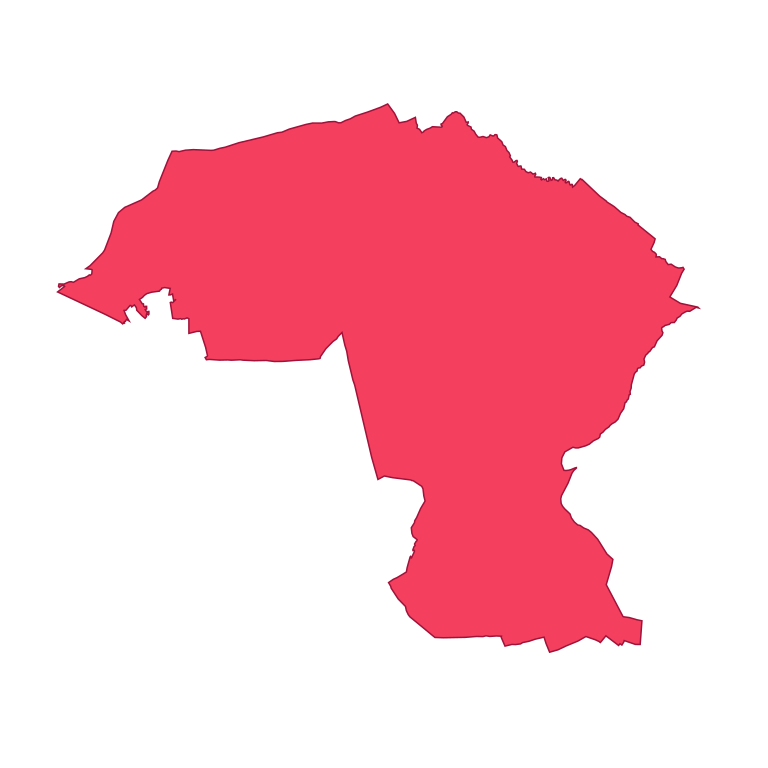 Secas, Arad, Romania, rotated 266°
{"feature_id": "2599482B87304123778609", "entity_name": "Secas", "entity_type": "district", "adm_level": 2, "iso_a3": "ROU", "parent_name": "Romania", "parent_adm1": "Arad", "projection": "orthographic", "projection_center": [21.803, 45.915], "detail": "fine", "context": "isolated", "style": "filled", "palette": "rose", "viewbox_px": 768, "rotation_deg": 266, "n_neighbors": 0, "source": "geoboundaries", "source_scale": "gbopen_adm2", "svg_char_len": 6152}
<svg xmlns="http://www.w3.org/2000/svg" viewBox="0 0 768 768"><g transform="rotate(266 384 384)"><path d="M575.1,594.1L568.8,588.1L567.3,585.9L569.9,585.7L570.1,585.3L569.5,583.9L569.8,583.4L573.1,582.6L573.3,582.0L572.0,580.0L572.1,579.1L572.9,578.8L574.1,579.8L575.3,579.5L575.5,578.9L574.6,577.0L576.9,575.7L576.9,575.0L575.9,573.3L574.3,571.8L575.3,570.8L575.8,568.7L578.0,567.6L578.0,566.7L576.0,566.2L575.5,564.9L578.4,563.9L578.7,563.0L578.4,562.2L575.5,562.8L574.9,562.3L574.8,561.5L575.1,560.6L577.3,560.2L576.6,558.5L577.7,557.3L576.6,555.4L577.2,554.8L579.0,555.4L579.6,553.1L580.0,549.0L580.9,548.9L582.6,550.0L583.7,549.7L583.0,547.3L585.2,545.0L584.7,542.5L586.0,540.4L588.4,539.0L588.8,536.3L591.8,535.9L592.0,535.0L591.6,533.6L592.0,532.8L594.7,531.7L596.9,532.6L597.7,532.3L597.7,531.4L596.1,529.0L596.5,527.9L598.2,527.5L601.8,525.2L602.8,526.0L606.2,524.8L608.4,522.9L612.3,521.7L614.2,519.4L617.5,518.4L621.5,514.5L624.6,514.0L625.0,513.0L624.9,511.9L623.9,510.9L623.8,509.9L625.1,507.3L623.3,505.9L622.6,503.4L624.0,500.0L623.4,496.7L623.8,495.0L626.9,492.9L630.0,491.5L632.0,489.0L634.3,488.7L636.2,485.3L637.0,485.0L638.6,486.2L639.5,486.3L639.3,484.3L644.8,482.3L648.9,478.7L649.0,477.2L650.5,475.6L650.6,474.1L649.5,472.1L649.8,471.1L648.3,469.7L646.2,465.9L639.8,460.5L639.3,459.0L638.2,459.1L637.2,460.1L636.5,459.8L636.2,458.9L637.3,450.2L636.1,448.0L635.0,444.3L633.6,441.6L632.8,441.1L632.0,439.3L635.6,437.2L636.9,434.8L639.8,435.4L642.0,434.4L647.8,433.9L644.4,425.0L643.5,417.3L653.2,413.4L663.1,407.2L660.3,399.9L656.3,386.1L653.3,374.0L650.9,368.9L649.6,364.1L647.6,359.2L647.7,356.9L649.1,353.9L649.3,352.7L649.4,346.7L648.6,339.9L649.3,331.0L648.4,324.3L644.9,307.3L642.3,299.7L642.1,295.3L638.9,280.8L634.8,256.0L631.3,242.1L630.6,236.8L629.1,230.4L629.1,228.0L631.1,210.1L631.1,202.2L630.1,195.8L630.9,192.8L631.0,188.8L622.2,184.0L601.5,174.0L595.4,171.8L593.4,169.3L592.5,167.0L584.5,154.9L578.3,137.7L573.5,131.1L565.1,125.8L553.7,122.3L537.1,114.6L534.4,112.5L522.5,99.0L519.8,94.6L518.8,99.9L518.2,100.8L514.3,100.2L513.0,98.8L513.4,97.6L512.1,95.7L511.0,92.9L510.2,87.4L507.1,81.2L507.9,79.1L507.8,76.9L506.0,71.8L506.5,66.8L504.2,66.1L502.9,66.9L504.6,69.3L504.5,71.6L503.6,72.2L498.6,64.8L473.0,110.6L464.2,125.5L462.2,127.5L462.8,128.2L462.6,128.9L462.9,129.4L463.7,128.9L464.5,129.7L464.5,130.4L466.4,131.6L464.7,134.1L471.1,131.1L475.5,129.8L475.6,131.8L480.1,136.2L479.9,137.0L478.5,137.7L480.3,140.5L477.4,142.3L474.8,142.5L469.1,147.2L466.2,150.3L467.8,151.8L468.8,151.5L471.0,152.3L470.0,152.6L469.3,153.6L470.1,154.4L472.8,154.5L472.8,153.9L472.1,153.2L473.7,151.5L474.9,151.0L475.4,152.5L478.0,152.6L478.1,151.3L477.4,150.9L478.3,149.7L480.7,149.6L480.9,148.5L485.4,145.9L487.2,149.1L489.1,151.1L490.7,153.7L491.8,158.8L492.3,166.5L493.6,167.5L494.1,168.6L495.1,169.0L495.5,171.9L494.3,177.4L487.9,175.6L487.8,177.1L488.5,179.3L481.5,180.0L483.0,182.5L479.9,178.9L480.5,177.5L480.2,176.5L464.2,177.8L463.1,183.0L463.4,185.6L462.7,186.8L463.1,188.1L462.8,189.5L463.7,192.1L462.8,193.9L448.1,192.9L449.5,200.9L449.4,204.6L433.0,208.6L424.5,209.9L423.9,209.5L422.9,207.4L420.6,208.5L420.7,211.5L419.3,221.6L418.9,229.9L418.4,233.4L418.2,242.3L417.6,245.1L416.3,256.1L415.7,268.1L414.1,276.1L413.6,284.6L413.7,298.1L413.4,312.2L413.7,320.9L414.0,322.0L416.0,322.7L423.3,328.5L430.0,336.1L432.3,339.9L434.7,341.6L438.3,345.7L425.7,347.6L419.2,349.1L409.8,350.0L390.1,353.3L384.9,354.7L311.6,366.6L289.2,371.3L292.2,378.0L290.0,385.9L286.4,404.1L285.8,404.8L285.5,406.4L279.3,414.5L276.7,415.6L269.8,415.9L264.4,416.8L257.3,411.9L248.4,407.2L245.6,405.2L243.5,404.7L238.7,401.2L233.2,401.4L229.8,402.4L226.4,406.2L225.4,405.9L224.6,404.9L222.2,403.3L220.6,403.8L219.7,402.6L216.5,401.2L215.8,401.3L215.9,402.7L214.9,402.7L208.6,399.3L208.7,398.9L210.1,398.5L209.7,398.0L199.3,394.3L194.9,393.2L190.0,383.6L188.5,379.6L185.6,374.7L181.7,376.6L179.8,376.9L168.5,383.2L160.6,389.9L156.3,390.5L152.2,392.1L149.9,393.6L127.6,417.1L126.7,425.8L125.6,447.4L125.7,458.9L125.1,465.0L125.7,468.2L124.8,471.9L124.8,478.5L124.2,483.6L123.3,483.2L114.1,486.4L115.3,493.6L114.9,496.9L115.2,502.1L116.4,504.3L117.2,510.5L118.9,517.1L120.3,526.0L114.0,527.5L104.9,530.5L106.7,539.0L109.9,547.1L114.1,559.7L118.0,567.8L114.1,577.0L112.2,580.4L111.0,581.8L117.3,587.8L106.8,599.8L108.5,601.3L107.0,603.1L110.2,605.4L111.3,605.7L106.7,616.6L106.3,621.4L129.8,624.8L131.1,620.1L133.9,612.4L135.1,606.6L135.6,606.1L168.3,591.7L186.1,598.3L193.1,600.1L198.9,594.5L214.3,586.3L221.4,580.6L224.2,577.7L226.5,573.1L229.2,569.8L229.9,567.4L233.0,564.3L237.3,561.6L241.4,560.5L246.9,555.5L249.6,553.6L252.4,552.4L257.1,552.3L260.3,553.3L272.3,560.7L281.9,565.3L284.5,567.3L286.7,570.1L287.2,570.1L287.0,568.8L285.6,564.7L285.1,562.2L285.0,559.5L285.3,557.5L292.0,555.4L298.0,556.3L303.7,559.7L307.1,566.7L307.7,568.1L306.9,570.6L306.7,573.4L308.3,580.9L309.7,584.7L312.7,588.9L314.7,593.9L316.0,595.5L319.0,596.3L320.7,599.1L323.3,601.7L325.7,605.7L326.8,606.4L328.5,608.8L330.0,612.0L332.6,615.0L338.1,617.8L342.6,621.4L348.6,623.2L349.3,624.6L351.0,625.4L352.0,626.7L356.1,627.8L356.6,629.0L359.3,628.9L362.7,630.3L366.0,630.7L376.6,634.4L378.3,635.8L379.2,637.3L381.4,637.9L382.2,638.7L382.3,640.7L383.9,642.1L384.7,644.5L387.6,645.5L390.8,645.1L394.5,647.1L396.3,649.4L397.4,650.0L397.6,650.9L398.5,651.9L400.9,653.7L401.8,654.8L402.2,656.3L408.0,659.4L413.2,664.8L415.7,665.8L417.6,665.0L420.3,664.9L421.1,665.3L421.7,666.9L422.8,668.4L423.6,672.7L425.2,674.7L425.1,677.9L427.4,680.0L429.3,681.0L430.9,684.0L433.2,686.1L435.0,689.9L435.5,691.6L435.2,694.1L438.7,700.7L437.9,703.2L438.8,702.4L443.8,685.3L450.9,675.2L461.8,682.9L473.8,688.7L477.6,691.4L479.5,690.4L479.2,689.1L479.1,686.0L480.4,682.8L483.5,678.8L483.3,675.8L486.5,673.7L488.7,673.2L489.5,671.3L489.7,669.8L491.7,667.8L491.8,664.2L493.9,664.7L494.9,664.4L496.6,662.9L497.5,661.2L499.7,659.7L506.2,663.3L509.9,664.6L524.9,648.5L526.0,648.8L528.0,645.5L533.1,641.1L534.5,637.8L536.2,636.3L538.6,632.3L544.9,626.0L550.0,619.1L550.9,618.6L556.4,612.2L573.4,596.6L574.3,595.7L574.0,595.4L575.1,594.1Z" fill="#f43f5e" stroke="#9f1239" stroke-width="1.5"/></g></svg>